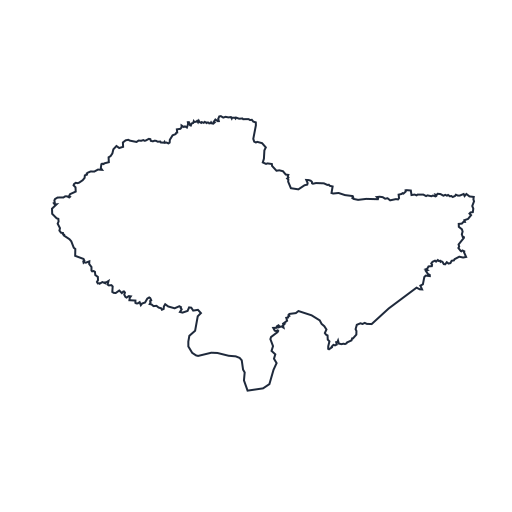 Nkwanta South Municipal, Volta, Ghana, rotated 278°
{"feature_id": "2480657B13680530894334", "entity_name": "Nkwanta South Municipal", "entity_type": "district", "adm_level": 2, "iso_a3": "GHA", "parent_name": "Ghana", "parent_adm1": "Volta", "projection": "equal_earth", "projection_center": [0.469, 8.25], "detail": "fine", "context": "isolated", "style": "outline", "palette": "slate", "viewbox_px": 512, "rotation_deg": 278, "n_neighbors": 0, "source": "geoboundaries", "source_scale": "gbopen_adm2", "svg_char_len": 6057}
<svg xmlns="http://www.w3.org/2000/svg" viewBox="0 0 512 512"><g transform="rotate(278 256 256)"><path d="M342.4,463.4L344.8,463.4L344.7,459.1L346.7,455.7L344.4,454.2L346.3,453.0L344.2,449.4L343.9,447.5L344.5,445.4L343.1,444.7L341.8,442.6L342.6,441.0L342.1,439.7L343.2,437.7L342.3,436.7L342.9,434.9L341.8,433.2L343.0,430.1L342.9,427.2L341.5,426.4L341.7,425.2L340.4,426.0L340.0,425.5L340.5,422.8L339.6,421.4L339.9,417.4L339.0,416.1L340.1,413.1L339.3,407.4L338.4,406.6L338.9,404.5L338.0,401.5L342.4,400.2L342.2,396.2L341.9,395.0L340.7,395.3L338.3,393.3L338.6,392.3L337.7,391.6L336.6,388.7L333.2,389.6L331.8,388.8L331.8,386.6L329.8,381.1L331.5,378.2L330.7,375.9L331.9,373.3L331.9,370.2L331.2,367.5L330.1,368.9L329.2,368.8L327.9,357.2L325.8,349.3L326.1,344.7L326.8,343.4L327.7,344.1L328.8,343.4L328.7,335.6L329.9,329.0L328.6,323.7L328.9,322.0L335.5,322.2L335.8,319.2L336.7,318.2L336.3,316.8L337.4,313.1L336.6,305.3L335.5,302.3L335.8,301.4L337.3,301.0L338.2,299.6L338.5,297.6L338.3,295.2L335.4,297.0L333.8,296.8L332.8,294.2L327.9,288.7L328.0,281.1L334.1,277.5L336.2,277.4L337.1,276.1L338.2,277.2L339.3,276.4L340.8,276.7L340.8,274.1L343.7,270.9L344.1,267.2L343.3,264.4L347.4,259.4L349.3,258.9L349.3,254.5L348.6,253.1L349.6,249.7L353.4,250.3L361.8,249.6L364.9,250.6L368.6,246.3L369.2,241.3L368.4,240.1L369.0,238.3L371.6,237.0L385.4,237.7L388.3,237.2L388.7,234.6L390.3,232.9L389.8,231.2L390.5,229.6L389.7,224.2L390.3,223.4L389.6,220.2L390.3,217.0L389.3,216.6L390.0,215.9L389.6,213.0L388.8,212.8L390.1,211.8L389.4,209.4L389.6,206.5L388.5,204.3L389.6,201.7L389.1,200.2L386.6,199.5L384.4,200.4L384.2,199.3L385.5,196.8L383.0,195.5L382.6,196.5L381.1,195.3L381.2,193.7L382.1,192.9L381.2,192.5L380.8,191.2L381.5,190.4L381.4,188.9L380.8,188.6L381.7,186.6L380.6,185.7L381.0,183.6L380.2,183.2L380.8,181.4L382.0,180.5L380.3,180.0L381.6,178.9L380.7,178.2L380.1,176.2L380.8,175.6L379.0,175.3L378.3,173.8L376.1,173.3L376.3,172.5L379.2,170.9L379.0,169.9L377.4,170.4L373.6,169.7L374.5,167.6L373.7,166.6L374.9,164.1L373.0,164.4L371.4,163.4L370.4,160.0L367.3,160.8L366.9,159.9L365.5,159.4L363.9,156.6L359.1,154.5L356.3,154.7L355.3,153.6L355.9,151.6L355.4,150.0L356.3,149.5L355.4,149.0L355.2,146.7L355.2,145.8L356.0,145.3L355.5,142.7L356.1,141.1L356.1,139.6L355.2,137.9L355.4,135.8L357.0,135.1L357.1,133.6L354.9,130.6L354.6,129.5L355.1,128.3L354.1,126.2L354.0,123.7L352.3,121.8L352.7,115.0L353.3,113.4L352.4,110.8L349.9,108.4L345.6,109.2L343.9,105.5L345.5,102.5L341.8,99.9L337.6,99.5L334.7,98.1L333.2,96.3L328.4,97.2L326.6,92.8L325.8,92.3L326.0,90.8L325.4,90.1L321.5,90.1L319.9,91.6L319.6,87.5L317.1,84.1L316.7,80.5L315.2,78.0L314.2,76.9L313.1,77.3L312.0,75.3L309.5,75.4L306.9,73.8L304.0,70.6L303.3,69.2L303.4,67.3L301.9,65.8L300.6,65.5L298.9,67.7L294.7,68.5L291.4,63.3L289.1,62.4L288.7,63.5L288.0,62.9L288.8,60.5L288.5,58.7L287.2,57.2L286.3,51.4L284.5,49.1L283.0,48.6L280.8,49.3L280.2,48.4L279.0,49.6L279.4,51.3L274.5,47.4L269.4,48.3L265.6,53.3L265.3,55.1L262.7,55.7L260.4,55.1L256.3,58.0L253.8,57.8L251.9,59.7L251.9,61.6L250.9,61.7L250.4,63.0L249.6,62.8L246.7,68.9L244.9,71.0L238.8,74.4L237.8,76.1L231.0,76.9L229.1,85.6L227.6,86.6L226.7,85.7L225.4,86.2L225.9,86.6L225.7,88.4L227.5,91.7L224.9,91.9L222.2,94.6L218.7,95.1L218.0,95.9L218.5,97.3L217.9,98.7L214.8,99.5L213.3,102.3L210.1,102.9L208.2,102.1L206.8,103.2L207.2,104.5L206.8,105.0L208.8,107.5L208.1,110.3L208.8,110.1L209.2,111.6L210.7,113.4L207.1,113.0L206.4,114.3L207.0,116.9L205.9,118.3L200.4,118.7L199.7,120.2L199.8,122.2L202.8,125.4L200.6,128.3L202.4,129.6L202.5,130.4L201.5,131.3L199.4,130.9L197.3,132.4L196.8,133.6L198.6,135.6L198.6,137.6L197.0,136.8L194.6,136.8L195.1,142.8L192.8,143.1L192.4,144.1L192.6,145.5L194.1,147.2L191.3,148.8L193.1,149.8L194.5,152.6L198.7,154.3L200.1,156.0L199.6,157.1L197.6,158.4L196.6,157.4L195.5,158.0L193.6,157.4L193.5,159.3L192.1,161.5L192.8,164.4L191.4,166.7L191.0,169.4L189.7,170.3L190.7,171.9L193.2,171.8L195.6,172.8L193.8,176.1L192.9,182.7L195.6,187.1L194.9,188.8L194.1,188.6L192.9,189.8L190.0,188.5L189.7,191.1L192.1,195.9L195.8,196.9L195.8,199.1L193.2,201.4L194.6,206.0L191.8,209.4L188.2,206.7L173.5,206.1L167.7,201.1L161.8,200.9L157.0,201.6L151.2,206.3L149.2,210.5L149.0,212.6L154.0,225.2L154.6,231.3L153.4,242.8L153.8,249.9L152.8,254.0L150.7,256.4L141.7,259.0L139.1,261.0L131.1,261.4L121.5,266.4L125.9,281.4L131.0,287.1L145.8,289.2L152.8,291.3L156.8,288.1L161.3,288.8L164.2,284.6L169.1,285.4L175.7,281.8L177.9,282.2L183.6,287.9L184.9,288.4L185.4,287.8L184.5,286.3L184.7,284.9L187.2,283.1L187.7,286.1L189.2,286.4L190.5,287.9L189.8,288.8L189.4,287.8L188.4,288.1L189.8,291.0L188.9,293.2L190.9,292.4L192.1,293.3L192.0,292.6L192.7,292.2L196.2,295.8L199.0,294.6L199.6,296.4L200.8,296.3L201.3,297.3L202.4,296.5L203.3,297.2L205.0,303.4L207.4,305.7L205.0,319.3L201.1,328.1L197.9,330.4L196.0,333.4L193.0,336.0L189.3,334.9L187.9,336.2L187.3,337.9L183.2,338.7L181.7,340.6L176.7,340.1L174.1,340.4L173.8,341.3L176.2,343.9L176.8,343.6L178.8,345.1L178.5,346.7L179.6,348.3L181.8,347.4L182.2,348.6L183.7,349.0L180.8,350.2L180.6,353.0L181.3,354.7L181.2,356.4L182.1,357.8L183.0,358.1L185.7,362.3L187.8,362.7L187.9,363.5L192.1,366.3L195.7,365.9L197.4,364.8L201.9,365.4L203.9,368.8L203.5,370.9L204.9,373.0L204.2,375.2L204.7,380.0L222.6,394.8L247.0,419.4L245.8,422.8L246.0,425.1L249.5,422.9L251.2,425.2L258.6,425.6L260.2,426.8L260.3,430.9L261.4,430.7L262.1,428.8L264.9,426.2L265.8,427.8L266.5,426.0L267.2,427.3L269.7,428.3L270.4,431.5L271.9,431.6L273.0,430.6L274.8,431.6L276.3,433.9L275.5,435.1L277.3,436.6L276.5,437.7L276.9,439.2L276.0,439.6L276.5,440.2L276.2,441.4L274.1,443.1L274.1,444.5L276.4,445.8L275.3,447.7L276.0,449.5L278.5,450.4L279.2,452.6L280.5,453.1L283.6,457.4L283.3,461.3L284.3,464.2L288.6,461.5L289.6,461.6L290.2,459.6L289.2,458.7L289.4,458.1L292.1,455.3L293.6,455.9L295.6,455.0L303.0,459.4L303.7,459.1L303.6,458.1L306.1,456.8L308.9,457.2L311.1,456.2L313.1,452.8L316.0,452.3L316.7,455.3L318.7,456.7L318.9,458.1L320.4,457.3L322.2,460.8L326.4,463.3L327.7,461.5L329.0,462.4L329.6,464.6L333.1,464.6L335.6,463.2L340.5,464.3L342.4,463.4Z" fill="none" stroke="#1e293b" stroke-width="2"/></g></svg>